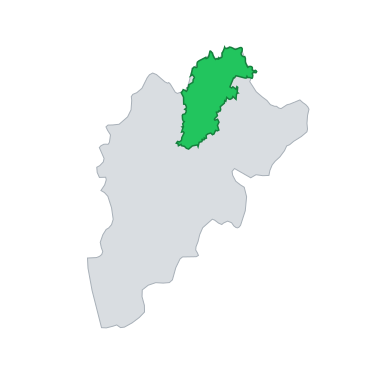 Liege on a map of Belgium (Natural Earth projection), rotated 282°
{"feature_id": "BEL-3481", "entity_name": "Liege", "entity_type": "Province", "adm_level": 1, "iso_a3": "BEL", "parent_name": "Belgium", "parent_adm1": "", "projection": "natural_earth1", "projection_center": [5.813, 50.464], "detail": "fine", "context": "in_parent", "style": "filled", "palette": "green", "viewbox_px": 384, "rotation_deg": 282, "n_neighbors": 0, "source": "natural_earth", "source_scale": "10m", "svg_char_len": 4736}
<svg xmlns="http://www.w3.org/2000/svg" viewBox="0 0 384 384"><g transform="rotate(282 192 192)"><path d="M174.5,102.6L180.7,105.1L186.1,105.6L188.5,104.5L187.0,98.4L191.4,95.2L196.4,93.7L198.6,96.3L203.0,99.0L206.6,99.0L216.2,92.1L218.4,93.4L220.4,95.9L220.9,97.9L221.2,100.0L223.4,100.9L230.9,100.4L234.7,96.7L237.8,94.3L240.0,95.9L241.1,100.5L243.1,106.6L252.1,113.4L259.7,115.3L269.0,114.0L272.7,112.8L275.2,113.8L277.7,117.4L283.1,121.5L294.4,124.4L297.8,126.0L300.2,128.8L299.5,132.8L294.1,142.6L293.4,145.5L294.2,146.5L293.1,148.3L286.1,154.9L285.4,157.2L287.8,161.0L289.7,164.2L293.9,165.7L297.9,166.2L305.4,166.4L313.4,166.6L314.3,168.4L323.3,173.8L326.1,178.0L332.5,182.1L327.2,187.3L328.0,189.6L329.9,192.0L337.2,193.3L340.8,196.7L341.0,201.9L342.7,210.4L327.7,218.9L323.5,228.3L323.1,230.2L322.6,229.9L321.0,226.8L318.2,226.8L312.0,225.5L303.4,234.0L299.5,241.1L297.1,246.3L293.7,250.5L293.0,255.0L293.4,256.9L292.2,259.3L292.1,261.8L297.1,266.8L298.4,269.5L304.5,278.4L302.6,281.6L301.1,285.1L299.3,287.6L297.3,289.2L291.0,289.1L283.0,290.2L277.6,291.9L274.8,291.9L269.1,287.5L262.7,280.9L258.6,277.7L256.7,275.0L251.7,273.9L244.5,270.6L239.5,267.0L235.2,264.8L229.2,263.7L224.2,263.8L222.7,257.9L222.2,251.0L218.1,246.5L223.8,228.7L220.5,226.9L216.8,228.3L211.6,232.6L209.1,237.7L207.5,242.1L198.7,246.4L184.7,248.0L169.5,246.4L167.4,245.3L166.4,244.0L166.4,242.4L167.5,240.0L170.2,237.1L170.9,232.9L168.2,229.3L166.4,227.9L167.1,224.4L169.2,220.0L169.6,217.5L159.3,209.9L151.9,208.4L144.7,208.2L139.2,207.3L136.0,207.7L133.6,209.9L131.3,211.5L129.6,209.6L126.5,196.2L124.0,194.2L114.7,191.9L102.0,191.1L98.7,188.7L96.9,182.7L95.8,175.4L91.7,168.5L89.6,166.8L85.9,163.7L79.2,164.9L71.2,169.0L66.5,170.1L64.7,170.5L58.4,166.6L51.4,160.5L45.8,154.0L44.5,150.3L46.3,146.0L44.3,142.6L41.3,136.5L40.5,131.7L75.0,114.7L95.9,106.1L105.7,103.5L108.0,112.2L109.8,114.9L112.1,116.7L115.2,117.1L118.7,114.9L123.7,112.7L131.7,113.7L137.5,115.8L139.5,118.0L143.3,120.1L148.9,120.6L159.8,116.6L170.3,110.6L173.3,106.4L174.5,102.6Z" fill="#d9dde1" stroke="#a8b0b8" stroke-width="1"/><path d="M317.0,227.4L316.1,227.3L315.7,227.1L315.9,224.0L315.8,223.8L315.5,222.7L316.6,221.7L314.8,221.4L314.5,220.3L314.9,210.9L312.4,209.8L312.3,208.9L302.7,207.2L302.0,209.1L303.4,210.1L301.7,213.6L304.4,214.0L303.9,214.9L298.9,215.5L298.4,216.5L297.9,215.5L296.6,215.2L291.8,215.8L293.9,212.1L291.8,211.6L290.5,209.9L290.5,208.8L291.8,206.3L287.8,206.2L288.2,205.0L285.6,205.2L281.3,201.9L278.6,202.9L277.3,202.8L276.9,202.5L277.1,201.5L275.8,201.3L275.1,199.3L271.9,201.0L268.5,198.9L267.4,198.9L267.0,199.6L268.5,201.9L265.9,203.9L262.5,203.0L258.2,205.4L257.1,204.1L257.2,202.3L253.3,201.4L252.3,200.1L253.6,198.1L252.1,195.4L250.4,194.0L247.7,194.9L246.9,193.7L247.3,192.8L245.7,193.0L245.1,191.4L246.2,190.6L244.3,191.3L243.3,191.1L242.1,188.7L237.7,188.5L239.2,187.6L237.2,182.8L233.3,179.8L233.6,177.4L235.1,175.1L235.1,172.1L236.3,171.4L234.4,169.1L236.3,168.3L236.5,166.5L238.5,167.4L238.4,169.2L239.7,170.5L240.9,171.0L243.0,170.7L248.2,172.0L249.2,171.0L248.4,169.3L253.1,169.8L253.6,168.8L254.2,170.0L256.8,168.7L259.3,169.8L259.6,168.7L261.2,167.6L264.9,166.6L265.9,166.9L266.9,168.9L269.0,169.6L270.8,169.4L271.4,167.7L272.9,169.0L274.2,168.8L276.3,167.3L276.2,165.6L283.0,164.0L286.9,160.8L287.3,161.1L289.0,161.8L290.3,162.1L290.1,163.2L289.3,165.6L290.7,166.2L291.6,166.4L292.4,166.2L292.8,165.8L293.0,166.0L294.2,167.0L296.2,166.5L299.5,170.1L302.4,169.8L304.3,170.6L304.9,170.3L306.8,168.1L305.3,166.5L306.1,166.7L311.9,166.9L313.5,166.7L313.3,166.8L313.3,167.0L313.4,167.4L314.7,168.0L314.8,168.9L314.5,170.0L314.8,170.8L315.8,170.9L318.9,170.2L320.2,170.3L321.8,171.6L326.6,177.5L325.5,178.1L326.4,179.5L328.1,180.2L333.5,180.3L333.7,180.9L333.1,181.8L332.2,182.7L332.2,183.1L330.5,183.9L328.0,185.6L326.6,187.5L327.9,188.8L327.3,189.6L327.4,190.1L328.0,190.3L328.9,190.3L328.3,191.2L328.9,191.7L329.6,192.8L330.2,193.2L331.0,193.3L333.7,192.6L333.9,192.5L334.1,192.4L334.2,192.5L334.4,192.6L335.6,193.1L339.0,193.7L340.5,193.8L339.6,194.5L339.4,195.3L339.6,196.2L340.1,197.2L340.8,198.1L341.3,198.2L341.6,198.6L341.6,200.3L341.0,202.6L340.5,204.0L340.6,205.2L343.3,209.1L343.4,209.7L343.5,210.5L342.5,211.4L340.4,211.7L339.3,211.5L338.4,211.2L337.6,211.2L336.5,211.7L335.7,212.5L335.2,213.4L335.0,214.4L335.4,215.4L333.9,216.4L330.5,217.2L328.9,217.9L328.1,218.8L326.3,219.9L325.5,220.8L326.6,221.7L327.0,222.9L327.0,224.0L326.5,225.0L325.9,225.3L324.3,225.4L323.7,225.7L323.5,226.1L323.2,227.2L323.1,227.7L323.9,228.2L324.2,228.8L323.9,229.5L323.2,230.2L322.0,229.8L321.8,229.0L321.9,228.0L321.6,227.1L320.6,226.3L320.0,226.4L319.5,226.8L318.8,227.2L317.0,227.4Z" fill="#22c55e" stroke="#15803d" stroke-width="1.5"/></g></svg>